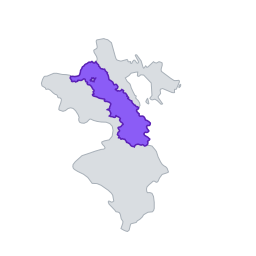 where Tadzhikistan Territories sits in Tajikistan, rotated 64°
{"feature_id": "TJK-368", "entity_name": "Tadzhikistan Territories", "entity_type": "Region", "adm_level": 1, "iso_a3": "TJK", "parent_name": "Tajikistan", "parent_adm1": "", "projection": "mercator", "projection_center": [69.993, 38.757], "detail": "fine", "context": "in_parent", "style": "filled", "palette": "violet", "viewbox_px": 256, "rotation_deg": 64, "n_neighbors": 0, "source": "natural_earth", "source_scale": "10m", "svg_char_len": 9257}
<svg xmlns="http://www.w3.org/2000/svg" viewBox="0 0 256 256"><g transform="rotate(64 128 128)"><path d="M45.0,180.2L45.9,178.0L46.3,170.7L47.5,168.2L51.0,163.7L52.9,160.2L54.9,157.4L56.4,156.4L57.8,154.2L58.9,151.7L59.2,150.1L59.1,148.8L58.7,148.0L54.2,143.6L52.8,140.8L52.1,137.3L51.9,134.8L54.3,128.1L53.9,126.9L53.2,125.9L51.8,125.2L49.8,124.9L45.2,125.3L43.5,124.9L43.0,124.4L42.8,121.4L42.4,120.7L41.6,120.1L36.4,118.7L35.4,118.0L35.2,117.3L37.1,110.4L37.9,109.8L39.8,107.5L44.1,105.5L58.0,108.1L60.3,108.4L61.8,108.2L62.9,107.3L64.8,105.1L66.0,98.8L67.2,98.5L68.3,98.9L68.9,98.3L69.3,96.7L69.8,96.6L70.6,97.4L71.5,96.6L71.4,96.0L70.5,95.0L69.6,93.3L70.0,92.2L73.6,91.5L74.0,91.0L73.8,90.0L72.9,89.5L66.0,89.7L65.6,89.2L65.8,88.5L66.3,88.1L73.5,86.8L80.1,87.9L81.2,87.6L79.9,84.8L81.7,84.5L81.9,83.5L79.6,76.0L80.9,75.4L82.1,73.9L82.0,71.1L83.2,69.7L84.5,68.8L86.5,69.7L89.7,72.5L91.7,73.2L101.8,68.0L105.5,65.8L106.1,64.9L107.4,61.5L108.1,61.2L109.1,61.6L114.2,67.4L114.2,68.2L113.7,68.8L113.8,69.4L116.5,70.6L116.5,71.1L115.5,72.8L107.7,79.6L107.4,81.8L108.0,82.5L111.3,83.6L112.9,87.1L114.1,87.5L121.4,86.3L121.5,86.9L121.1,87.9L116.2,89.7L113.9,91.2L113.4,93.8L112.8,94.6L111.8,95.2L110.8,95.3L109.3,92.2L97.7,87.4L87.3,90.7L85.8,93.1L86.3,95.3L86.0,96.3L85.0,96.6L82.0,94.7L81.3,96.3L80.1,101.2L81.3,104.2L81.8,108.5L85.7,108.3L88.9,107.0L90.6,107.0L93.1,107.5L97.5,107.6L101.8,107.5L102.6,106.7L103.5,107.0L104.4,108.0L107.9,106.8L110.5,106.6L113.0,107.3L116.0,112.0L117.6,112.5L122.5,112.0L124.0,109.5L125.2,108.9L128.9,108.2L132.1,106.3L133.6,106.1L134.4,106.7L134.8,107.6L134.4,109.9L135.5,110.7L138.5,110.9L139.9,111.7L139.7,115.3L141.0,116.2L141.7,116.2L146.1,113.9L147.3,113.9L149.8,116.7L151.8,118.3L152.3,118.1L153.1,116.3L154.8,114.3L159.7,113.1L161.6,112.8L167.1,113.6L172.8,113.6L175.8,113.2L178.2,112.0L179.4,111.1L181.4,110.5L185.3,110.9L185.4,112.5L184.7,117.7L186.7,121.5L189.2,124.6L189.4,125.7L189.1,126.5L187.6,127.3L187.0,128.2L186.8,129.2L187.3,130.3L188.2,133.9L189.3,136.8L190.9,138.1L193.3,139.0L194.7,138.8L195.6,136.7L197.2,135.1L200.7,135.1L206.3,137.0L211.8,139.7L213.4,141.2L214.0,142.9L212.5,146.9L212.6,149.4L212.9,152.1L214.2,154.1L215.3,157.5L215.5,160.3L216.5,162.1L215.4,167.3L215.9,168.1L220.3,171.8L220.8,173.8L219.8,175.0L218.1,176.5L215.3,178.4L211.5,174.6L209.8,173.5L206.6,173.9L202.4,172.8L200.2,172.9L198.9,174.2L198.0,175.5L195.9,175.9L188.1,178.4L185.8,178.2L185.2,177.5L185.7,176.6L187.3,175.5L187.7,174.1L187.4,172.8L181.7,171.2L179.3,171.5L175.2,173.1L167.7,177.3L164.4,180.2L162.0,184.5L154.9,185.8L150.0,188.3L144.9,192.3L141.6,194.4L139.9,194.8L138.3,194.4L136.7,193.3L135.1,190.0L132.7,181.5L134.5,167.2L135.5,161.4L136.3,159.3L136.3,157.9L135.6,157.3L134.1,157.3L131.7,158.1L130.0,158.2L129.1,157.7L129.2,155.0L130.4,150.1L128.5,145.9L123.7,142.5L119.5,141.4L116.1,142.4L113.2,145.1L110.9,149.4L108.5,152.9L106.0,155.7L103.7,157.5L103.3,158.7L104.6,162.3L104.5,165.4L103.0,167.8L101.4,169.0L99.6,168.9L98.2,168.3L97.1,167.3L94.3,167.0L89.6,167.5L86.4,168.7L84.7,170.7L84.2,173.4L84.9,176.6L84.5,179.1L81.9,181.8L81.0,182.1L78.9,180.6L75.8,177.3L73.7,175.6L72.5,175.3L71.2,175.8L70.4,177.2L69.4,177.6L68.0,177.3L66.7,177.6L66.0,178.6L63.8,179.8L60.0,181.2L57.9,182.7L57.6,184.2L57.0,184.9L55.8,184.7L52.4,186.8L49.8,186.2L46.8,183.4L45.2,181.1L45.0,180.2ZM115.3,99.2L113.1,100.4L111.9,100.3L110.2,98.0L110.1,97.4L114.4,98.3L115.2,98.6L115.3,99.2ZM114.1,64.4L113.4,64.4L112.1,62.9L111.7,61.9L112.2,61.6L113.3,62.3L114.0,63.6L114.1,64.4Z" fill="#d9dde1" stroke="#a8b0b8" stroke-width="1"/><path d="M133.4,105.8L134.2,106.3L134.6,106.7L135.0,107.2L135.1,107.6L135.0,108.1L134.4,109.0L134.2,109.5L134.7,110.6L135.6,111.0L136.8,111.1L139.2,110.6L139.7,110.5L140.1,110.9L140.3,111.6L140.4,112.4L140.3,113.0L140.0,113.5L139.7,113.8L139.4,114.2L139.4,114.8L139.6,115.4L139.9,115.9L140.3,116.3L140.8,116.4L141.7,116.3L142.6,115.9L144.9,114.3L145.3,114.1L146.2,113.9L147.0,113.4L147.5,113.3L147.9,113.7L148.2,114.3L148.3,115.1L148.3,115.8L148.6,116.2L149.0,116.5L150.1,116.6L150.6,117.0L151.1,117.3L151.2,117.5L151.3,118.0L151.5,118.5L151.7,118.9L151.7,119.6L151.6,120.5L151.6,120.8L151.4,121.0L151.1,121.2L150.2,121.5L149.4,122.1L149.3,122.3L149.2,122.7L149.3,123.3L149.2,123.5L149.0,123.9L147.7,125.2L146.9,126.0L146.7,126.9L146.6,127.5L146.5,127.8L146.5,128.3L146.6,128.7L146.8,129.4L147.1,129.8L147.8,130.6L147.1,131.1L146.7,131.8L146.4,132.2L145.7,132.8L144.8,133.2L143.7,133.3L142.6,133.5L142.3,133.8L141.7,134.4L141.0,134.6L140.8,134.8L140.5,135.4L140.3,135.6L140.2,135.6L139.9,135.4L139.6,135.3L138.2,135.7L137.5,135.7L137.1,135.7L136.8,135.8L136.1,136.7L135.8,137.3L135.3,137.6L135.1,137.8L135.1,138.0L135.1,138.9L135.0,139.1L134.8,139.3L134.6,139.4L133.9,139.3L133.5,139.4L133.3,139.6L133.0,140.0L132.7,140.7L132.6,140.8L132.5,140.7L132.2,140.2L131.9,139.9L131.6,139.7L131.3,139.6L130.9,139.7L129.8,140.3L129.5,140.4L129.2,140.4L128.4,139.6L127.8,139.1L127.6,138.8L127.4,138.3L127.4,137.7L127.2,137.3L127.0,136.9L126.7,136.7L126.4,136.7L125.2,136.9L124.1,137.0L123.4,136.8L123.2,136.4L123.2,136.1L123.5,135.3L123.5,134.6L123.6,133.9L123.5,133.5L122.8,132.1L122.7,131.8L122.6,131.6L122.7,131.0L122.6,130.8L122.2,130.7L121.3,130.8L120.1,131.3L119.3,131.9L119.0,132.0L118.7,132.0L117.9,132.0L117.2,132.1L116.9,131.9L116.6,131.2L116.3,130.8L116.0,130.7L114.4,131.4L114.0,131.6L112.7,132.8L112.3,133.0L111.6,133.3L111.7,133.6L112.4,134.1L112.6,134.4L112.7,134.8L112.7,135.2L112.3,135.9L112.0,136.2L110.9,137.2L110.4,138.2L110.2,138.5L109.0,139.5L108.8,138.6L108.5,138.0L107.4,137.2L107.2,136.9L105.6,136.9L104.4,136.9L104.0,137.0L103.2,137.7L102.4,138.6L102.3,138.3L102.5,136.9L102.5,136.5L102.4,136.0L101.4,135.5L100.8,134.9L100.5,134.5L99.3,133.2L99.0,133.0L98.5,132.8L98.2,132.9L96.7,133.5L96.4,133.8L94.9,135.3L94.1,136.9L93.7,137.1L93.3,137.3L93.0,137.2L92.9,137.2L92.5,136.6L92.2,136.4L91.8,136.4L91.7,136.5L89.1,140.2L88.1,141.2L86.9,142.0L86.5,142.4L86.0,142.7L85.9,142.8L85.7,143.2L85.5,143.4L85.2,143.8L84.8,144.3L84.0,145.1L83.6,145.3L83.3,145.4L82.6,145.4L82.4,145.3L82.3,145.1L82.2,144.8L82.2,144.6L82.6,144.1L82.6,143.8L82.2,143.6L80.2,143.5L80.1,142.8L79.8,142.3L79.5,142.1L79.0,142.0L77.8,142.5L74.5,142.7L72.9,143.3L72.3,143.7L71.9,144.5L71.6,144.9L71.3,145.1L70.4,145.3L70.1,145.3L69.8,144.7L69.4,144.5L68.8,144.6L68.3,145.3L67.8,145.6L67.4,145.6L66.6,145.5L65.7,145.2L65.3,145.3L64.9,145.6L64.5,146.1L64.4,146.4L64.7,147.9L64.8,148.8L64.7,149.3L64.6,149.5L63.6,151.2L63.2,152.1L63.2,152.3L63.9,152.7L63.9,152.8L63.8,153.4L63.7,154.6L63.7,154.9L63.6,155.0L62.8,155.3L62.5,155.7L62.3,156.4L61.9,157.8L61.6,158.0L61.0,158.2L60.9,158.1L60.7,157.9L60.5,157.7L58.3,158.1L57.7,158.1L57.1,157.5L56.5,157.0L56.7,156.8L56.9,156.4L57.2,155.4L57.5,154.8L58.4,153.4L59.0,151.7L59.4,149.9L59.3,148.8L58.7,147.8L56.8,146.2L55.6,145.5L55.2,145.0L54.3,143.4L53.3,142.5L53.1,142.1L53.0,141.6L53.0,140.7L52.8,140.2L52.3,139.3L52.1,138.9L52.0,138.2L52.1,136.5L52.0,135.9L51.7,134.7L51.7,134.2L51.9,133.7L52.5,133.3L52.6,133.1L52.6,132.7L52.4,132.2L52.3,131.9L52.4,131.2L52.6,131.1L53.1,131.1L53.6,130.9L54.0,130.7L54.4,130.4L54.7,130.0L54.9,129.5L54.9,128.8L54.7,128.2L54.4,127.8L55.1,127.6L56.3,127.6L56.7,127.5L58.0,126.9L58.4,126.8L58.7,126.8L59.6,127.2L60.9,126.6L61.6,126.7L62.1,126.6L62.9,126.2L63.2,125.9L63.5,125.2L64.3,124.7L64.7,123.4L64.9,123.2L65.0,123.2L66.7,123.3L68.9,122.4L69.3,122.3L69.5,122.7L69.7,122.8L70.0,122.9L71.4,122.7L72.8,122.9L74.3,123.3L74.9,123.5L76.2,123.8L76.9,123.4L77.5,122.9L79.3,122.0L79.8,121.7L80.2,121.6L82.9,121.7L83.1,121.5L83.2,121.4L83.3,120.3L83.4,119.8L83.5,119.6L83.8,119.3L84.3,119.2L86.3,118.9L86.6,119.0L87.4,119.8L87.6,120.0L87.8,120.6L87.8,121.0L87.6,122.1L87.7,122.4L87.9,122.5L88.0,122.5L88.6,121.9L89.0,121.7L89.8,121.5L90.1,121.3L90.2,121.2L90.1,120.9L90.1,120.5L90.7,120.0L90.9,119.7L91.1,119.1L91.2,117.9L91.1,117.4L90.7,117.0L90.6,116.7L92.2,115.7L92.7,115.6L93.1,116.3L93.7,116.6L93.9,116.6L94.4,116.4L94.9,116.1L95.4,115.2L95.7,114.9L98.3,114.5L98.5,114.5L98.7,114.9L98.9,115.1L99.1,115.1L99.8,114.5L100.4,114.2L100.8,114.2L101.1,114.2L101.2,114.3L101.3,114.6L101.3,115.1L101.4,115.3L101.5,115.3L102.1,114.8L104.6,113.6L104.8,113.4L105.0,113.0L105.2,112.8L105.4,112.7L105.7,112.7L106.1,113.1L106.4,113.1L107.3,113.1L109.8,112.3L110.1,112.3L110.4,112.1L110.6,111.6L112.0,111.3L112.5,111.1L112.8,110.6L112.9,110.3L113.3,110.1L114.2,109.5L114.4,109.7L115.0,109.9L115.2,110.2L115.4,110.6L115.2,111.4L115.2,111.8L115.6,112.4L116.2,112.8L116.9,112.9L117.6,112.8L118.3,112.4L118.6,112.3L119.2,112.4L119.4,112.3L119.6,112.0L120.1,111.7L120.6,112.0L121.2,112.4L121.9,112.5L122.6,112.1L123.1,111.3L123.4,110.3L123.9,109.4L124.7,108.9L125.7,108.6L126.7,108.6L128.1,108.8L128.4,108.8L128.6,108.7L129.4,107.8L129.7,107.5L130.5,107.1L131.2,106.5L132.1,106.3L132.9,105.9L133.4,105.8ZM69.9,137.2L69.8,136.7L69.6,136.3L69.4,135.9L69.2,135.4L69.0,135.2L68.9,135.4L68.9,135.8L69.0,136.4L68.9,136.8L68.2,137.1L67.7,137.2L67.6,137.5L67.8,138.1L67.2,138.5L67.4,138.7L67.9,138.4L68.1,138.8L67.9,139.2L68.2,139.5L68.1,140.0L68.2,140.6L68.6,141.0L69.1,140.9L69.5,140.8L69.6,140.5L69.5,140.0L70.2,139.4L70.9,139.1L71.0,138.7L71.3,138.3L70.9,138.2L70.8,137.8L70.4,137.7L70.1,137.6L70.1,137.2L69.9,137.2Z" fill="#8b5cf6" stroke="#5b21b6" stroke-width="1.5"/></g></svg>